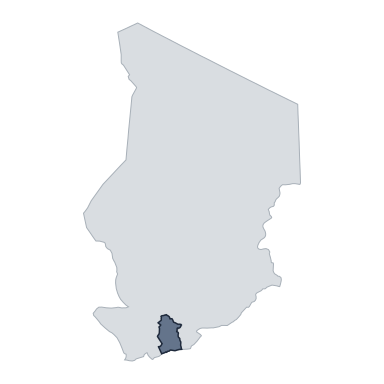 Chad, with Mandoul highlighted
{"feature_id": "TCD-1488", "entity_name": "Mandoul", "entity_type": "Prefecture", "adm_level": 1, "iso_a3": "TCD", "parent_name": "Chad", "parent_adm1": "", "projection": "orthographic", "projection_center": [17.512, 8.727], "detail": "fine", "context": "in_parent", "style": "filled", "palette": "slate", "viewbox_px": 384, "rotation_deg": 0, "n_neighbors": 0, "source": "natural_earth", "source_scale": "10m", "svg_char_len": 5408}
<svg xmlns="http://www.w3.org/2000/svg" viewBox="0 0 384 384"><path d="M297.7,104.3L298.0,113.7L298.4,123.1L298.7,132.5L299.1,141.9L299.4,151.3L299.7,160.7L300.1,170.2L300.4,179.6L300.5,182.7L300.2,184.0L299.7,184.4L294.9,183.6L292.7,183.6L289.8,184.3L285.4,184.8L282.5,184.7L280.6,186.3L279.1,188.3L280.0,193.0L279.8,194.6L279.3,196.2L278.0,197.6L276.7,198.7L275.9,199.7L275.0,201.9L274.2,202.9L274.3,204.2L274.1,205.6L273.3,206.4L271.3,206.9L270.0,207.6L269.0,208.6L268.3,209.4L268.6,210.3L269.2,211.7L269.5,213.8L269.8,215.0L270.8,216.0L271.4,216.7L271.7,217.6L271.1,218.3L268.6,219.9L267.6,220.5L266.5,221.3L266.0,221.6L264.2,223.0L263.3,224.3L262.9,225.4L262.9,226.9L263.9,229.1L265.0,231.0L265.4,232.4L265.7,233.9L265.6,235.4L265.1,236.7L264.2,237.8L260.8,240.1L259.1,242.5L257.8,245.4L257.5,247.0L257.8,248.0L258.6,248.9L259.6,249.3L261.1,249.5L263.6,248.9L266.0,248.6L268.5,249.6L269.8,252.0L269.3,253.8L270.3,257.0L271.2,260.9L271.2,262.2L271.6,262.7L273.1,262.9L273.5,263.9L273.1,270.7L273.8,272.6L274.9,274.0L276.1,274.7L277.3,275.5L277.9,276.2L279.3,276.3L280.9,277.5L281.3,279.2L281.2,280.8L280.4,284.3L279.7,286.6L278.8,286.5L277.0,285.9L274.8,285.5L272.0,285.1L269.5,286.1L266.7,287.3L265.8,288.3L265.0,288.8L263.8,288.8L262.7,288.9L262.1,289.8L261.0,290.8L257.0,292.8L256.2,293.6L255.7,294.3L255.7,295.1L256.1,296.7L256.1,298.7L255.3,300.4L254.2,301.5L253.0,301.9L252.0,302.2L251.4,302.9L249.3,306.6L248.4,307.3L246.6,307.2L241.3,312.9L240.8,314.5L238.8,316.9L236.4,319.5L234.2,320.7L234.0,321.2L233.4,321.7L232.0,322.3L227.3,325.5L221.6,325.4L219.1,326.7L216.7,327.2L213.1,327.9L212.1,327.8L207.5,328.1L202.1,328.0L200.0,328.5L198.1,329.7L196.7,330.8L196.5,331.1L196.7,331.5L196.6,331.9L200.4,334.5L201.4,335.7L200.4,337.0L200.0,337.1L199.9,337.2L199.3,338.2L197.1,341.1L193.8,344.6L192.0,345.6L191.3,346.2L190.5,348.5L189.9,348.8L187.6,349.1L183.0,349.4L176.7,350.1L172.9,350.4L170.5,350.2L167.2,351.8L166.0,352.2L165.3,352.3L162.0,353.8L159.3,356.2L158.3,356.6L154.4,357.6L152.9,359.3L152.2,359.4L149.7,357.2L148.1,355.3L147.3,353.3L147.1,352.7L146.7,352.8L145.3,353.7L144.2,354.7L143.6,356.6L139.6,357.8L136.2,358.9L134.7,360.3L132.3,361.0L129.2,360.7L126.9,360.1L124.6,359.9L125.7,358.2L126.1,356.9L126.2,355.3L126.1,354.2L124.7,353.7L123.8,352.9L121.9,347.9L119.8,342.8L117.0,337.7L113.9,334.5L111.6,332.6L110.9,332.3L109.7,331.7L108.9,331.1L104.8,327.7L100.6,323.8L99.5,322.1L97.3,319.4L95.0,316.7L93.7,315.5L93.2,313.3L94.9,311.3L96.6,308.9L98.8,307.2L101.7,307.1L106.3,307.8L111.3,308.1L116.3,307.6L117.5,307.3L118.8,307.3L121.5,307.9L126.1,307.8L128.5,306.8L126.0,305.1L123.2,302.3L120.6,299.3L119.1,296.6L117.6,293.1L116.3,288.7L115.6,283.1L115.7,279.9L116.2,277.7L117.6,274.0L116.7,271.8L116.9,270.1L116.8,267.5L116.3,266.2L114.6,261.9L114.2,261.4L112.7,258.4L112.0,253.4L110.3,250.2L107.4,248.6L105.8,246.6L105.2,243.2L104.1,242.3L99.6,241.1L95.9,241.0L93.2,237.2L89.8,232.2L86.6,227.6L84.6,218.4L83.5,213.2L84.9,211.6L87.6,207.9L91.2,200.8L99.0,189.9L103.0,184.3L110.9,175.9L120.5,165.6L126.0,159.9L126.9,149.3L128.0,138.1L128.7,129.7L129.7,119.7L130.5,111.4L131.1,105.4L131.9,96.8L132.6,95.1L136.3,88.4L136.6,87.5L135.9,86.4L130.8,80.7L129.1,79.4L128.2,76.4L129.6,74.8L123.5,65.2L122.0,64.0L121.3,62.9L121.2,61.1L121.2,54.6L119.7,44.2L117.8,32.2L125.1,28.9L130.6,26.3L137.7,23.0L144.1,26.4L153.5,31.4L162.9,36.3L172.4,41.2L181.8,46.1L191.4,51.0L200.9,55.9L210.5,60.7L220.1,65.6L229.7,70.5L239.3,75.3L249.0,80.2L258.7,85.0L268.4,89.9L278.2,94.7L287.9,99.5L297.7,104.3Z" fill="#d9dde1" stroke="#a8b0b8" stroke-width="1"/><path d="M181.7,349.3L179.4,349.4L177.5,349.9L175.8,350.5L175.0,350.7L174.1,350.6L171.2,350.1L170.8,350.1L170.3,350.1L169.9,350.3L169.5,350.9L169.1,351.1L168.6,351.2L167.9,351.3L167.4,351.4L167.1,351.7L166.9,352.1L166.7,352.3L165.7,352.0L165.4,352.3L164.9,352.6L162.1,353.6L161.7,353.8L158.7,347.2L158.5,346.9L158.5,346.7L159.1,346.6L159.5,346.5L160.0,346.5L160.3,346.4L160.6,346.0L160.7,345.9L160.9,345.7L161.0,345.6L161.2,345.2L161.3,345.0L161.4,344.9L161.5,344.8L161.6,344.7L161.7,344.1L161.8,344.0L161.8,343.9L162.0,343.8L162.1,343.7L157.6,336.7L157.5,336.3L157.8,335.7L159.0,334.0L159.1,333.6L159.3,333.1L159.5,328.5L159.4,328.3L159.0,327.0L160.6,325.3L160.7,325.1L160.7,324.9L160.5,324.7L158.5,323.3L158.3,323.0L158.1,322.8L158.3,322.6L161.1,320.4L161.2,320.2L161.3,320.0L161.3,319.7L161.2,319.1L161.2,318.8L161.2,318.4L161.4,317.8L161.4,317.6L161.4,317.4L161.3,317.1L161.2,316.9L161.0,316.7L161.1,316.3L161.3,316.1L161.8,315.8L162.0,315.7L163.2,315.6L163.3,315.6L163.9,315.4L164.2,315.3L164.3,315.2L164.5,315.1L164.9,315.2L165.2,315.1L165.3,315.1L165.8,314.8L166.1,314.7L166.3,314.7L166.5,314.8L166.8,315.1L166.9,315.3L167.1,315.4L167.3,315.4L167.5,315.5L167.8,315.6L168.1,315.9L169.0,316.5L169.6,317.4L170.0,318.8L171.9,318.7L172.3,319.2L172.8,320.1L173.3,321.4L173.6,322.2L174.8,322.6L176.4,323.4L177.8,324.2L179.6,324.2L180.9,324.4L181.4,325.0L181.2,325.2L181.0,325.3L180.9,326.0L180.5,326.8L179.9,327.6L179.3,328.0L178.9,328.0L178.6,328.0L178.4,328.1L178.0,328.5L177.7,328.3L177.6,328.1L177.2,328.3L177.0,330.6L177.1,330.8L176.9,331.0L176.7,331.3L176.7,331.7L177.0,331.8L177.8,332.2L178.2,332.6L178.4,333.3L178.2,334.0L178.1,335.2L178.2,336.5L178.6,337.5L179.4,338.0L179.8,338.7L179.8,339.8L180.1,340.8L180.7,341.7L180.8,342.6L180.7,344.1L180.6,345.2L181.0,346.6L181.3,348.1L181.7,349.3Z" fill="#64748b" stroke="#1e293b" stroke-width="1.5"/></svg>